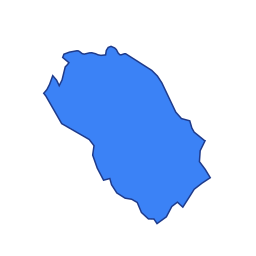 outline of Monte Cristi, rotated 37°
{"feature_id": "DOM-1964", "entity_name": "Monte Cristi", "entity_type": "Province", "adm_level": 1, "iso_a3": "DOM", "parent_name": "Dominican Republic", "parent_adm1": "", "projection": "albers", "projection_center": [-71.5, 19.721], "detail": "fine", "context": "isolated", "style": "filled", "palette": "blue", "viewbox_px": 256, "rotation_deg": 37, "n_neighbors": 0, "source": "natural_earth", "source_scale": "10m", "svg_char_len": 978}
<svg xmlns="http://www.w3.org/2000/svg" viewBox="0 0 256 256"><g transform="rotate(37 128 128)"><path d="M39.8,151.0L40.1,146.0L39.1,140.3L36.4,131.5L42.2,132.8L47.6,135.6L46.4,129.3L41.1,117.0L41.5,113.8L41.5,111.4L33.4,111.0L32.4,107.6L35.6,102.6L40.4,97.4L41.7,96.4L43.3,96.1L46.6,96.2L48.6,95.3L52.0,91.2L53.8,89.7L57.4,88.2L60.0,87.6L62.7,86.3L66.1,83.1L64.0,79.1L63.7,75.6L65.3,73.0L69.2,72.1L71.5,72.4L75.1,74.1L77.4,74.4L78.4,73.8L80.5,70.8L81.5,70.1L112.3,67.7L120.2,68.8L127.9,71.6L156.6,86.6L165.0,88.3L173.0,85.1L179.0,89.6L183.3,91.5L196.6,92.0L197.2,91.8L199.3,102.7L205.3,111.9L214.6,114.6L223.6,118.2L220.3,127.5L217.7,137.1L218.6,147.7L219.4,158.2L212.1,157.5L210.2,164.3L212.1,175.9L208.7,186.9L203.5,185.1L199.0,188.3L189.6,187.4L180.2,181.9L173.8,182.7L167.9,185.8L158.2,186.6L149.0,183.2L143.9,179.3L139.9,184.4L127.5,178.5L116.1,170.9L111.5,162.6L104.0,160.5L72.4,164.4L43.2,151.9L39.8,151.0Z" fill="#3b82f6" stroke="#1e3a8a" stroke-width="1.5"/></g></svg>